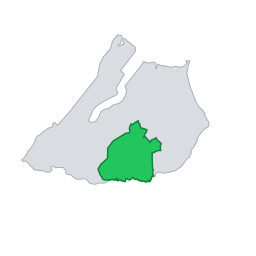 location of Matam within Senegal, rotated 128°
{"feature_id": "SEN-767", "entity_name": "Matam", "entity_type": "Region", "adm_level": 1, "iso_a3": "SEN", "parent_name": "Senegal", "parent_adm1": "", "projection": "mercator", "projection_center": [-13.497, 15.275], "detail": "fine", "context": "in_parent", "style": "filled", "palette": "green", "viewbox_px": 256, "rotation_deg": 128, "n_neighbors": 0, "source": "natural_earth", "source_scale": "10m", "svg_char_len": 5190}
<svg xmlns="http://www.w3.org/2000/svg" viewBox="0 0 256 256"><g transform="rotate(128 128 128)"><path d="M192.4,119.0L195.2,123.9L194.6,126.3L194.0,129.7L195.6,132.2L197.4,133.8L198.7,135.3L200.2,137.4L200.4,141.5L200.1,144.5L201.1,145.8L201.9,147.5L201.7,148.9L201.2,150.1L199.4,151.8L199.1,154.9L202.0,158.6L203.9,160.6L203.8,161.8L204.3,163.0L205.7,164.5L206.5,164.2L207.5,163.0L207.9,162.1L210.4,162.5L211.5,162.9L213.1,165.3L213.7,166.9L214.1,168.9L215.7,171.5L217.2,173.3L217.5,174.4L218.8,175.9L218.0,179.2L218.1,180.9L217.2,185.4L217.0,187.5L217.0,188.3L219.0,189.9L218.8,192.2L216.8,191.8L213.3,191.5L206.4,192.7L204.0,192.2L199.5,192.4L196.2,193.0L192.1,194.5L188.9,194.1L187.2,193.0L184.9,193.0L182.4,192.4L179.6,191.3L177.2,190.7L174.5,188.7L173.2,188.3L172.3,188.8L171.6,189.5L170.8,190.0L169.3,189.6L168.8,188.2L169.3,186.8L169.4,185.8L168.7,185.2L167.1,185.0L164.4,185.0L160.1,184.6L159.2,184.4L149.6,184.0L139.7,184.0L131.2,183.9L120.6,183.9L113.2,183.8L106.2,183.8L100.8,186.6L95.0,189.6L87.2,191.2L78.2,190.6L75.3,191.0L72.3,192.3L70.1,193.3L67.0,193.9L63.0,193.4L61.4,193.7L60.4,192.3L59.2,190.1L59.9,188.5L62.4,187.5L66.1,186.1L68.0,186.8L69.1,186.8L69.3,186.0L69.0,185.5L66.2,184.3L64.7,182.7L63.6,183.7L62.5,185.6L61.7,186.1L60.4,186.7L59.7,185.4L59.4,184.1L60.0,183.1L59.7,177.7L60.0,174.7L59.8,172.2L61.6,170.5L63.2,169.4L69.7,169.3L75.7,169.2L81.4,169.3L87.3,169.4L87.9,164.2L89.8,163.8L92.6,163.3L97.7,162.7L103.5,162.1L104.8,161.1L105.7,159.4L106.3,157.8L107.5,157.2L109.1,157.7L111.3,158.5L113.5,159.7L116.0,160.9L117.7,161.6L121.7,163.4L128.6,165.9L134.3,166.9L141.1,165.1L146.1,163.9L146.7,161.7L145.9,159.6L142.2,157.6L137.2,157.8L135.7,158.3L133.4,159.0L131.9,159.3L129.6,158.8L126.6,157.1L124.7,155.4L122.1,154.6L118.9,153.8L113.9,150.2L111.3,149.6L108.8,149.4L104.0,150.1L99.4,152.0L96.9,156.3L92.3,156.2L82.4,156.1L73.3,156.0L65.8,156.3L65.0,153.1L63.3,150.7L60.4,148.6L59.7,146.6L60.7,144.9L63.5,143.5L64.1,142.5L62.7,142.6L60.5,143.5L59.0,143.6L58.8,140.8L56.4,137.3L53.6,131.4L50.5,129.0L47.9,124.1L45.1,122.3L42.6,121.4L40.5,121.6L39.7,123.8L37.0,120.6L40.7,119.5L48.5,115.5L57.5,104.1L65.5,90.6L66.6,87.4L67.6,85.0L68.2,79.5L69.4,76.1L70.5,75.5L71.8,73.0L73.5,68.5L75.4,66.1L77.4,65.6L79.1,65.8L80.2,66.7L83.6,67.3L89.3,67.5L93.6,66.8L96.7,65.3L100.8,64.5L105.8,64.5L108.4,63.8L108.7,62.6L109.3,62.2L110.4,62.7L111.4,62.5L112.3,61.6L113.2,61.5L114.1,62.3L118.3,62.5L125.8,62.2L132.7,64.6L139.0,69.5L142.3,72.9L142.5,74.5L143.6,76.2L145.5,77.9L147.2,78.2L148.8,77.1L150.0,77.2L150.9,78.5L152.7,78.8L154.7,78.0L156.2,78.3L156.4,79.0L156.8,79.5L157.7,79.6L159.0,80.6L160.9,83.3L162.4,86.9L163.5,91.7L165.0,94.2L166.9,94.6L168.0,95.6L168.3,96.7L168.8,97.5L169.7,97.9L171.3,97.7L173.2,99.3L175.2,102.7L175.5,104.3L175.2,105.1L175.3,105.7L176.7,106.3L177.9,107.4L179.0,109.1L181.2,110.6L184.7,111.9L187.1,113.9L188.6,116.5L191.8,118.7L192.4,119.0Z" fill="#d9dde1" stroke="#a8b0b8" stroke-width="1"/><path d="M149.9,78.3L150.0,78.4L150.3,78.5L150.5,78.6L150.6,78.8L150.8,78.9L151.1,79.1L151.4,79.2L151.6,79.1L152.4,78.7L152.5,78.7L153.1,78.7L153.4,78.6L154.3,78.2L155.9,77.9L156.3,77.7L156.6,77.6L156.8,77.7L156.9,78.1L156.4,79.0L156.3,79.5L156.6,79.7L157.7,79.3L158.1,79.3L158.3,79.5L158.5,79.9L158.7,80.1L159.5,80.6L159.7,80.8L159.7,81.1L159.8,81.6L159.8,81.9L160.2,82.9L160.4,83.2L160.6,83.5L160.9,83.8L161.6,84.3L161.8,84.6L161.9,84.8L161.9,85.1L161.7,85.6L161.7,85.9L161.8,86.1L161.9,86.3L162.5,86.9L162.7,87.4L162.9,87.9L162.9,88.5L162.7,89.0L162.7,89.3L162.7,89.5L162.8,89.7L163.1,89.9L163.5,90.2L163.7,90.4L163.9,90.6L164.3,91.1L164.4,91.3L164.4,91.5L164.4,91.8L163.9,92.5L163.8,93.0L163.8,93.3L164.1,94.0L164.6,94.0L165.5,93.9L165.9,93.9L166.1,94.0L166.6,94.4L166.9,94.4L167.5,94.6L167.9,94.9L168.2,95.1L168.4,95.5L168.5,95.9L168.3,97.1L168.3,97.4L168.4,97.6L168.5,97.9L168.7,98.0L169.6,98.3L170.0,98.2L170.5,97.9L170.8,97.6L171.3,97.4L171.7,97.3L172.2,97.5L172.4,97.8L172.5,98.0L172.6,98.9L172.7,99.1L173.0,99.5L173.2,99.9L173.2,101.0L173.3,101.5L173.6,101.9L173.9,102.3L175.7,103.5L176.0,103.9L176.2,104.4L176.1,104.9L175.6,104.9L174.6,104.8L174.3,105.1L174.5,105.5L175.1,106.1L175.4,106.3L175.7,106.4L175.9,106.4L176.6,106.3L176.9,106.3L177.2,106.4L177.4,106.6L177.6,106.8L177.7,107.0L177.7,107.3L177.5,108.1L177.5,108.3L177.6,108.6L178.4,108.9L178.6,109.1L179.5,110.0L180.3,110.3L180.4,110.5L183.5,114.7L183.7,115.2L183.9,115.9L183.9,116.1L183.8,116.4L181.5,122.1L179.1,125.8L178.7,126.3L178.4,126.4L173.9,127.0L172.7,127.0L164.7,125.5L164.4,125.6L164.1,125.8L156.4,131.4L156.0,131.5L147.9,131.7L146.5,131.4L133.6,126.5L133.1,126.2L132.6,125.8L132.3,125.3L131.0,124.0L129.8,124.4L129.4,124.7L128.8,125.1L127.9,126.2L126.5,127.2L122.9,128.1L122.9,127.6L122.9,127.3L122.9,126.9L122.7,126.7L122.2,126.5L117.4,125.1L116.6,124.7L116.1,124.2L117.2,123.4L117.6,120.9L118.9,120.0L120.0,117.8L118.7,114.9L117.8,111.9L119.9,111.2L123.2,110.7L125.5,110.0L124.3,109.4L124.8,106.0L125.8,101.8L123.3,102.2L118.4,99.6L119.4,97.9L119.7,92.4L120.5,92.0L122.0,91.5L123.2,90.7L125.6,88.4L126.9,90.2L129.3,91.6L131.6,92.7L132.8,93.6L137.2,90.1L141.9,86.2L145.2,83.2L145.6,82.1L148.6,80.9L149.9,78.3Z" fill="#22c55e" stroke="#15803d" stroke-width="1.5"/></g></svg>